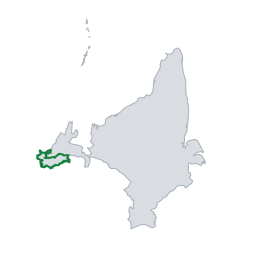 Arunachal Pradesh highlighted on a map of India, rotated 192°
{"feature_id": "IND-3299", "entity_name": "Arunachal Pradesh", "entity_type": "State", "adm_level": 1, "iso_a3": "IND", "parent_name": "India", "parent_adm1": "", "projection": "natural_earth1", "projection_center": [94.95, 28.008], "detail": "fine", "context": "in_parent", "style": "outline", "palette": "green", "viewbox_px": 256, "rotation_deg": 192, "n_neighbors": 0, "source": "natural_earth", "source_scale": "10m", "svg_char_len": 7744}
<svg xmlns="http://www.w3.org/2000/svg" viewBox="0 0 256 256"><g transform="rotate(192 128 128)"><path d="M45.1,109.6L48.3,108.9L48.8,106.5L54.5,107.5L58.5,105.8L59.7,107.0L61.6,105.9L59.8,97.3L57.7,97.0L56.8,95.6L57.3,91.6L53.8,90.0L54.1,87.4L59.3,81.3L61.4,83.4L67.6,81.7L70.5,76.3L73.7,74.4L76.7,68.3L79.2,67.2L79.8,64.9L84.1,60.8L83.5,59.8L84.0,55.5L88.4,52.8L88.0,51.7L85.0,50.9L84.9,49.1L83.2,49.0L83.0,47.5L81.5,46.1L82.4,44.0L81.5,42.5L83.1,41.0L81.3,40.1L81.7,39.0L80.8,38.1L81.8,36.2L83.7,35.4L91.4,37.2L96.3,35.6L103.2,30.5L104.6,30.6L104.3,32.1L105.8,36.5L109.3,38.6L107.8,40.5L108.1,44.0L109.8,46.2L110.1,50.8L108.4,51.8L107.3,50.2L105.5,50.7L107.3,54.5L107.1,58.8L109.2,58.3L111.2,61.1L114.8,62.4L115.0,64.0L119.4,66.7L115.9,69.7L113.9,75.8L123.7,82.3L128.3,83.7L128.5,84.7L131.7,85.7L136.2,84.9L139.1,86.2L139.5,88.0L142.5,89.9L144.4,89.3L145.7,90.9L158.0,92.4L159.0,90.1L158.1,87.3L159.0,81.8L161.5,80.8L162.8,81.4L162.4,84.7L163.2,86.1L162.3,87.0L164.6,89.5L168.1,90.3L171.4,89.0L173.6,89.8L180.7,89.2L181.2,86.3L178.4,84.4L178.7,83.1L183.8,82.3L187.8,77.1L190.7,76.5L195.5,72.5L199.8,74.4L203.4,71.6L205.2,72.9L203.9,74.1L204.0,75.2L205.7,74.3L206.5,76.2L204.8,78.6L206.6,78.3L210.7,79.9L210.7,81.9L208.2,84.2L209.5,87.4L207.4,86.0L204.3,86.5L198.3,91.0L198.4,94.8L195.2,99.7L195.9,101.5L192.7,109.5L188.1,108.2L188.3,114.5L187.2,115.2L187.1,120.7L185.7,122.3L184.6,121.3L183.8,122.4L182.0,110.8L180.2,110.8L178.4,115.6L177.3,114.1L176.6,114.7L175.8,111.5L177.0,108.0L179.9,107.3L181.2,105.9L181.9,102.6L183.3,102.2L180.9,100.7L171.8,100.8L168.3,99.8L168.3,95.4L167.5,93.6L166.8,95.0L165.8,95.0L163.8,92.2L162.7,93.3L160.2,91.2L160.6,92.5L158.5,95.8L163.4,100.1L160.5,100.6L158.0,104.4L162.0,106.8L161.0,110.8L161.9,113.7L163.1,114.2L163.6,124.6L162.5,124.0L161.9,125.0L161.3,121.4L161.0,124.5L159.3,123.9L158.3,124.7L158.8,121.3L157.4,119.7L158.6,121.4L157.4,123.4L152.5,125.6L151.1,127.4L151.7,131.1L150.4,133.7L148.2,135.8L147.5,135.4L147.3,136.5L143.6,137.9L143.2,136.6L141.7,137.5L141.3,138.6L142.8,138.3L138.9,141.7L135.0,147.4L124.8,155.5L124.2,159.1L121.3,160.7L118.5,160.7L116.7,164.6L114.8,163.6L112.7,164.9L111.3,169.2L112.5,180.0L111.7,178.4L111.1,179.2L112.7,180.8L108.8,194.7L109.7,195.5L109.5,201.4L106.5,201.8L104.2,206.5L104.7,208.1L107.0,209.0L104.4,208.5L101.2,209.6L99.8,211.1L99.0,214.5L95.8,216.6L93.2,214.9L90.3,211.0L89.0,207.3L88.6,204.0L89.8,206.7L89.2,204.1L85.7,194.3L81.4,186.2L78.4,173.1L76.0,169.2L75.4,165.2L74.6,164.9L72.7,159.8L70.5,145.0L71.4,142.5L71.2,141.6L70.4,142.8L70.2,142.1L70.3,140.6L71.3,140.7L70.2,140.1L69.6,137.0L71.1,131.2L69.8,126.5L70.4,125.8L69.7,125.9L72.6,123.9L69.4,124.3L70.4,122.4L69.3,122.4L69.6,121.1L71.0,120.6L67.5,120.4L68.0,121.6L66.5,123.4L67.7,125.4L66.2,128.0L60.4,130.8L57.4,130.1L49.2,120.3L49.7,119.3L50.9,120.3L56.1,118.3L58.1,114.8L53.3,117.1L50.9,116.5L47.6,114.1L46.4,111.5L48.6,109.6L45.4,111.4L45.1,109.6ZM184.4,193.2L183.3,190.9L184.8,188.5L185.2,180.8L186.4,179.6L185.4,183.6L186.0,186.4L185.2,187.1L184.4,193.2ZM190.8,222.2L190.8,225.5L189.8,223.7L190.8,222.2ZM183.1,199.8L182.3,199.9L182.2,198.5L183.2,197.5L183.1,199.8ZM188.2,217.0L188.1,217.9L187.9,217.0L188.2,217.0ZM189.1,215.6L188.8,216.9L188.8,215.6L189.1,215.6ZM190.0,221.1L189.7,222.1L189.4,221.7L190.0,221.1ZM184.9,209.1L184.3,209.2L184.6,208.7L184.9,209.1ZM184.2,193.7L183.7,194.2L183.9,193.3L184.2,193.7ZM186.1,189.8L186.4,190.7L185.8,190.0L186.1,189.8ZM186.8,215.4L186.3,215.2L186.5,214.7L186.8,215.4ZM184.5,183.6L184.2,184.6L184.3,183.5L184.5,183.6Z" fill="#d9dde1" stroke="#a8b0b8" stroke-width="1"/><path d="M204.9,74.7L205.3,74.4L205.8,74.7L205.7,74.8L205.8,74.9L206.0,75.0L206.1,75.4L206.1,75.5L206.4,75.9L206.5,76.3L206.6,76.6L206.0,76.8L206.0,77.0L205.5,77.6L205.1,78.2L204.9,78.6L205.3,78.9L205.7,78.7L206.0,78.6L206.4,78.4L207.2,78.5L208.5,79.1L208.8,79.1L209.0,79.0L209.3,78.9L209.5,78.9L209.9,79.3L210.0,79.3L210.1,79.5L210.4,79.8L210.7,79.9L210.7,80.1L210.5,80.5L210.5,80.8L210.6,81.0L210.8,81.3L210.9,81.5L210.8,81.8L210.7,81.9L210.8,82.1L210.7,82.1L210.5,82.3L210.5,82.2L210.4,82.0L210.2,82.1L209.9,82.4L209.6,82.7L209.5,82.8L209.4,82.9L209.2,83.0L208.9,83.2L208.8,83.3L208.6,83.6L208.2,83.9L208.1,84.0L208.1,84.3L208.2,84.5L208.2,84.8L208.2,85.1L208.3,85.5L209.3,86.8L209.4,87.0L209.5,87.2L209.6,87.3L209.5,87.6L209.3,87.6L209.1,87.6L208.9,87.5L208.1,87.1L208.0,86.9L208.1,86.6L207.9,86.4L207.7,86.1L207.5,85.9L207.3,85.8L207.2,85.8L206.9,85.9L206.7,85.9L206.4,86.0L206.2,86.2L206.0,86.3L205.9,86.2L205.5,86.2L204.0,86.5L203.7,86.7L203.3,86.9L203.1,87.3L202.9,87.7L202.8,87.9L202.6,88.0L202.1,88.2L202.0,88.3L201.7,88.6L201.5,88.9L201.5,89.0L201.2,89.0L200.9,89.4L200.8,89.5L200.6,89.5L200.4,89.5L200.2,89.7L200.1,90.0L199.9,90.3L199.4,90.5L199.2,90.6L199.0,90.4L198.9,90.1L198.9,89.7L198.7,89.4L198.7,89.2L198.8,89.0L198.9,88.9L198.9,88.6L198.9,88.4L198.7,88.3L198.6,88.2L198.6,87.9L198.9,87.9L199.1,87.9L199.6,87.4L199.8,87.4L200.0,87.3L200.1,87.2L200.3,86.9L200.3,86.7L200.5,86.5L200.6,86.4L200.8,86.4L201.1,86.6L202.1,86.3L202.4,86.3L202.5,86.3L202.8,86.3L202.8,86.2L203.0,86.1L203.1,85.9L203.3,85.8L203.3,85.7L203.3,85.4L203.2,85.2L202.9,85.2L202.7,85.5L202.6,85.4L202.6,85.2L202.6,84.8L202.6,84.4L202.3,84.2L202.1,84.0L202.1,83.9L202.0,83.5L202.0,83.4L202.0,83.2L202.7,82.3L202.9,82.0L203.0,81.8L203.1,81.6L201.6,81.5L201.4,81.6L200.9,81.9L200.7,82.1L200.4,82.2L199.9,82.3L199.7,82.3L199.5,82.2L199.4,82.1L199.0,82.3L197.3,83.0L196.5,83.5L196.0,83.6L195.7,83.7L195.4,83.8L195.1,84.1L194.9,84.1L194.6,84.2L194.0,84.2L193.8,84.1L193.6,84.0L193.5,83.9L193.4,83.8L193.2,84.0L193.3,84.3L193.4,84.5L192.3,85.6L192.1,85.8L191.9,86.0L191.1,86.9L191.0,87.0L191.0,87.3L191.0,87.5L190.8,87.7L190.6,87.9L190.4,88.1L190.2,88.2L189.9,88.3L189.7,88.4L189.4,88.4L189.0,88.6L188.9,88.6L188.7,88.4L188.4,88.3L186.4,88.6L186.1,88.5L186.0,88.4L186.0,88.2L185.8,88.1L185.3,87.9L184.9,87.8L184.6,87.8L184.3,88.0L184.2,88.1L183.8,88.2L183.4,88.4L182.8,88.6L182.5,88.7L182.3,88.7L181.9,88.8L181.1,88.8L181.2,88.7L181.1,88.3L181.0,88.0L180.7,87.7L180.6,87.4L180.7,87.2L180.9,86.9L180.9,86.6L181.0,86.5L181.2,86.4L181.2,86.2L180.8,85.2L180.6,85.0L180.2,85.1L179.9,85.1L179.5,85.1L179.2,85.1L178.8,85.0L178.7,84.9L178.5,84.6L178.4,84.5L178.3,84.0L178.4,83.8L178.6,83.4L178.7,83.2L178.7,82.9L178.5,82.7L178.3,82.6L178.3,82.4L178.6,82.4L178.9,82.5L179.2,82.8L179.8,82.7L179.9,83.0L180.0,83.3L180.5,83.3L180.7,83.0L181.1,83.1L181.3,82.9L181.4,82.7L182.1,82.3L182.3,82.7L182.4,82.8L182.5,82.8L182.6,82.6L182.7,82.8L182.8,82.8L182.9,82.5L182.9,82.4L183.0,82.4L183.1,82.6L183.4,82.5L183.6,82.5L184.0,82.5L184.1,82.3L184.3,82.1L184.6,82.0L184.9,81.5L184.7,81.3L184.7,81.2L184.4,81.1L184.3,80.9L184.4,80.7L184.6,80.5L184.7,80.4L185.1,80.1L185.4,80.2L185.5,80.1L185.8,79.7L186.1,79.6L187.1,79.2L187.5,79.1L187.6,78.7L187.4,78.5L187.6,78.3L188.0,77.9L188.1,77.6L188.2,77.3L188.9,76.9L189.5,76.8L189.8,76.9L190.1,76.7L190.3,76.7L190.8,76.8L191.2,76.6L191.6,76.8L191.8,76.5L191.9,76.2L192.0,76.0L192.0,75.7L192.4,75.4L192.8,75.3L193.0,75.1L193.4,75.1L193.6,74.8L193.9,74.5L193.5,74.0L193.6,73.6L193.8,73.6L194.0,73.4L194.2,73.2L194.4,73.2L194.7,73.2L194.9,73.1L195.0,73.1L195.3,72.6L195.5,72.5L195.9,72.7L196.2,73.1L196.3,73.2L196.3,73.4L196.4,73.5L196.8,73.5L197.0,73.5L197.5,73.6L197.9,73.7L198.2,73.9L198.3,73.9L198.7,74.0L198.8,74.0L199.2,74.3L199.7,74.4L200.0,74.3L200.3,74.2L200.5,73.7L200.5,73.3L200.5,73.2L200.8,73.0L200.9,72.9L201.2,73.1L201.6,73.1L201.8,72.8L201.8,72.3L202.0,72.3L202.1,72.2L202.4,72.4L202.9,72.2L203.6,72.1L204.0,72.1L204.1,72.6L204.4,72.9L204.5,73.0L204.9,72.8L205.0,72.8L205.1,72.7L205.2,72.8L205.3,72.9L205.3,73.0L205.1,73.2L205.0,73.4L205.0,73.5L204.4,73.6L204.2,73.9L204.2,74.5L204.3,75.0L204.6,75.0L204.9,74.7Z" fill="none" stroke="#15803d" stroke-width="2"/></g></svg>